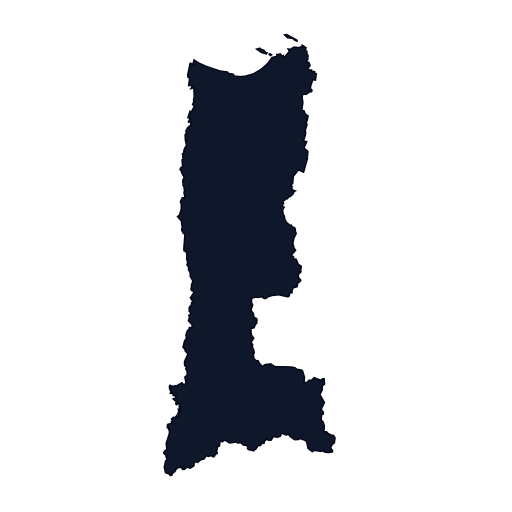 Sam Roi Yot, Prachuap Khiri Khan, Thailand (Albers equal-area conic projection), rotated 272°
{"feature_id": "78962969B49973516992329", "entity_name": "Sam Roi Yot", "entity_type": "district", "adm_level": 2, "iso_a3": "THA", "parent_name": "Thailand", "parent_adm1": "Prachuap Khiri Khan", "projection": "albers", "projection_center": [99.769, 12.241], "detail": "fine", "context": "isolated", "style": "filled", "palette": "ink", "viewbox_px": 512, "rotation_deg": 272, "n_neighbors": 0, "source": "geoboundaries", "source_scale": "gbopen_adm2", "svg_char_len": 6050}
<svg xmlns="http://www.w3.org/2000/svg" viewBox="0 0 512 512"><g transform="rotate(272 256 256)"><path d="M468.8,294.0L468.1,295.2L467.3,295.1L466.4,294.1L466.6,293.1L465.7,292.7L466.1,286.7L463.7,283.0L464.0,280.9L461.7,282.3L455.3,277.2L456.3,276.1L457.3,276.3L456.7,274.8L458.8,273.4L458.1,269.8L457.2,270.3L456.2,269.4L454.9,265.0L448.6,260.8L443.0,254.9L438.0,247.2L435.3,239.0L434.7,233.7L435.0,228.8L435.3,227.9L436.9,227.0L437.5,222.2L438.9,221.0L439.6,213.5L444.0,199.0L447.1,191.6L449.8,187.3L446.6,186.5L445.4,187.2L446.3,183.5L434.7,181.4L432.2,181.8L431.5,183.5L424.0,182.7L424.1,185.7L422.4,186.0L421.0,185.2L422.0,188.0L413.0,188.7L409.1,188.1L408.3,188.6L405.1,187.3L404.0,189.2L399.8,187.5L397.5,185.6L398.2,185.0L391.9,183.1L391.3,185.6L387.9,183.7L387.2,184.2L387.8,186.6L384.4,186.0L381.8,183.2L378.6,181.5L376.6,182.1L374.5,180.9L369.0,181.4L364.2,182.8L362.9,181.8L362.2,182.1L361.6,181.1L358.5,180.1L357.4,180.6L355.3,179.0L355.2,179.7L352.0,179.3L350.4,180.2L349.5,178.7L343.1,179.6L341.3,177.5L339.5,177.1L338.7,178.2L335.9,179.1L335.3,180.1L334.0,180.1L332.5,181.6L329.0,180.2L323.8,180.7L322.9,181.5L319.0,182.2L316.5,181.8L313.0,182.8L311.8,182.6L311.7,180.4L307.7,178.5L305.2,179.6L300.0,179.6L294.2,178.1L292.7,176.2L288.3,180.2L282.2,181.2L279.2,180.8L276.1,182.6L275.3,184.2L260.4,183.6L258.5,184.0L258.4,185.4L255.8,186.8L250.5,186.8L247.0,188.0L244.9,187.3L242.1,189.2L240.2,188.9L237.0,190.8L233.4,191.0L228.7,193.8L224.5,192.4L223.8,192.8L220.7,192.1L219.4,192.7L218.5,194.7L217.2,195.1L211.9,191.9L208.1,194.5L207.0,193.2L204.1,192.9L203.3,191.6L201.7,191.0L198.2,191.2L197.4,192.4L195.9,192.9L194.3,190.9L192.1,191.7L189.0,190.6L184.8,194.8L181.9,194.2L182.2,191.9L180.9,191.8L178.5,189.8L174.6,188.7L171.6,189.4L168.4,187.5L162.2,186.2L160.6,188.1L158.6,188.6L155.9,191.4L147.9,188.2L144.1,188.5L142.5,190.5L140.6,189.7L138.9,191.0L136.6,191.4L134.4,191.2L132.5,189.1L127.6,190.3L125.6,189.8L124.8,188.2L126.7,186.4L123.6,181.4L122.9,176.5L123.9,174.7L122.4,173.9L121.5,174.2L121.2,175.4L120.2,174.3L117.4,175.7L115.8,175.2L115.9,177.9L113.8,178.0L112.9,181.2L111.1,180.5L110.3,178.2L107.2,181.7L105.8,180.9L104.9,181.3L104.6,182.0L105.9,183.5L105.3,184.4L104.1,184.9L102.8,184.4L102.5,185.4L100.7,184.4L100.5,185.9L98.4,185.6L99.5,183.8L97.0,184.5L96.4,183.4L94.7,184.2L94.2,182.5L93.1,183.1L93.4,182.1L91.7,180.8L92.0,179.1L90.2,177.2L87.9,178.6L87.6,177.3L85.8,177.4L84.6,173.6L82.5,173.3L81.3,173.4L81.2,175.4L80.2,174.6L78.0,175.6L75.5,175.6L65.6,172.8L59.7,173.6L57.6,171.1L55.8,170.6L53.6,173.1L51.9,173.1L49.7,174.6L48.2,172.8L41.7,171.7L36.3,173.1L35.3,176.4L33.6,178.1L34.2,179.7L35.9,180.1L37.7,182.4L40.1,183.6L42.2,186.3L41.8,189.0L40.1,190.1L40.3,192.1L41.9,193.2L42.4,195.6L41.6,197.6L44.1,201.3L47.3,201.4L48.4,203.2L47.7,204.9L50.5,208.0L51.3,211.1L54.7,213.3L54.0,215.6L55.0,217.9L53.8,220.1L54.1,221.3L56.4,222.3L57.4,224.2L60.2,223.4L61.6,224.1L63.6,223.8L64.9,226.1L69.2,226.5L69.8,227.3L69.1,228.7L71.0,231.3L68.2,236.1L69.4,242.8L68.3,244.8L69.3,246.6L66.5,250.2L66.6,252.3L65.3,254.5L63.0,254.3L62.2,255.4L61.2,260.6L62.3,260.9L62.8,262.4L66.7,264.8L66.7,266.9L69.3,268.8L69.0,270.5L71.6,271.1L73.1,273.1L73.3,273.9L72.2,275.0L72.5,277.6L75.5,279.2L76.2,280.7L75.5,283.4L76.7,286.6L79.0,287.4L79.9,289.2L78.8,290.2L78.2,292.6L79.0,294.7L76.9,296.3L73.8,300.9L74.0,304.6L75.1,306.5L73.7,310.9L72.4,313.0L65.5,314.8L62.4,319.1L63.8,321.3L63.0,327.4L63.5,329.2L62.4,331.8L62.1,335.7L62.9,339.3L64.6,339.2L65.1,338.2L67.6,337.2L71.0,339.4L71.9,340.8L76.9,341.4L79.5,339.7L79.4,338.1L81.2,334.1L82.6,333.0L83.0,329.9L88.5,330.3L92.3,329.0L94.6,326.8L99.6,327.2L100.4,327.8L100.2,328.6L102.1,328.9L104.5,326.8L105.7,326.7L111.9,329.5L119.7,324.7L124.6,326.9L128.3,326.7L130.4,329.0L135.7,328.4L135.6,326.9L134.1,324.9L136.5,318.3L133.8,315.9L133.7,313.5L131.3,311.1L131.0,310.0L132.3,308.4L136.4,308.7L142.6,306.6L143.5,305.7L144.2,300.8L145.6,299.0L146.3,295.5L146.1,278.8L148.7,274.5L147.7,268.6L145.7,266.3L148.9,263.1L151.3,261.9L151.4,259.9L153.3,257.5L157.3,256.8L159.3,257.6L162.1,257.1L164.5,255.6L167.5,255.7L169.4,254.0L173.7,256.6L177.3,254.0L183.3,253.4L184.2,256.6L187.2,257.6L189.0,259.1L192.6,259.2L193.6,258.7L194.7,255.9L198.2,255.5L201.6,252.9L207.1,254.4L209.3,253.1L213.6,253.1L215.0,257.6L214.6,258.7L215.4,263.4L213.9,265.5L213.8,267.2L215.6,269.3L217.1,273.4L218.0,280.2L216.3,289.4L217.4,290.7L220.2,290.9L220.6,293.4L222.8,293.2L225.6,294.5L226.7,298.1L231.1,298.9L231.3,300.3L233.4,301.6L236.2,299.0L237.8,299.2L239.5,298.4L240.0,300.0L241.8,301.6L242.6,301.1L247.3,301.6L249.2,298.5L254.1,296.3L254.4,294.1L256.9,293.3L256.8,292.5L258.3,291.3L263.1,295.4L265.3,293.7L269.9,292.4L275.0,293.2L279.9,295.4L282.7,294.3L284.5,294.4L285.7,293.4L286.6,291.0L288.1,290.3L287.8,288.9L290.7,285.3L293.8,283.5L297.4,282.8L298.1,281.7L302.8,281.0L305.8,282.5L306.6,280.7L307.7,280.5L309.4,281.8L311.7,280.9L312.8,282.8L313.9,283.0L314.2,285.2L316.4,286.9L316.7,288.3L319.1,290.7L321.7,291.8L322.4,293.0L323.2,290.5L325.1,289.1L326.5,289.8L327.0,288.2L330.2,290.2L336.9,290.5L343.6,295.5L341.4,300.6L355.6,304.1L356.2,302.9L357.7,304.0L362.4,304.2L365.7,300.1L371.9,302.7L372.9,299.4L378.2,301.1L381.7,301.3L382.0,300.5L389.1,302.4L391.9,301.3L392.8,302.3L397.7,303.2L399.9,300.0L402.6,299.1L403.1,297.2L403.9,296.7L411.0,297.5L416.1,296.6L418.5,296.8L419.4,298.0L419.3,300.5L421.6,303.5L422.2,305.8L423.7,306.2L424.8,304.8L427.0,304.5L434.2,306.6L433.8,309.3L440.2,309.9L440.8,308.1L442.3,308.2L442.7,304.9L443.8,305.0L443.6,302.7L445.8,301.2L446.5,301.0L446.7,302.5L448.3,303.4L450.7,302.4L450.9,301.0L451.5,301.3L451.4,300.4L452.4,299.7L454.8,301.1L455.7,300.5L457.2,301.1L458.8,300.7L459.4,299.9L462.3,299.7L463.1,298.2L465.9,298.7L468.8,294.0ZM459.7,258.5L462.0,256.7L462.5,254.4L463.8,252.6L462.8,249.4L459.6,254.3L458.3,259.3L459.4,260.0L459.7,258.5ZM473.1,289.4L478.4,278.9L478.0,276.8L475.2,279.9L474.7,285.3L473.0,287.1L472.2,289.6L473.1,289.4ZM458.0,262.1L456.8,263.5L457.6,264.6L458.7,262.8L458.0,262.1Z" fill="#0f172a" stroke="#020617" stroke-width="1.5"/></g></svg>